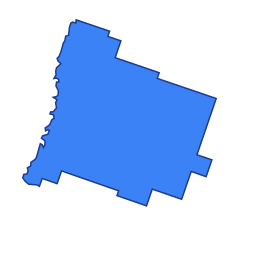 McCone, Montana, United States of America, rotated 289°
{"feature_id": "52423323B73042281108203", "entity_name": "McCone", "entity_type": "district", "adm_level": 2, "iso_a3": "USA", "parent_name": "United States of America", "parent_adm1": "Montana", "projection": "equal_earth", "projection_center": [-105.857, 47.595], "detail": "fine", "context": "isolated", "style": "filled", "palette": "blue", "viewbox_px": 256, "rotation_deg": 289, "n_neighbors": 0, "source": "geoboundaries", "source_scale": "gbopen_adm2", "svg_char_len": 1066}
<svg xmlns="http://www.w3.org/2000/svg" viewBox="0 0 256 256"><g transform="rotate(289 128 128)"><path d="M89.8,201.9L107.5,201.9L107.4,217.7L125.2,217.7L125.1,201.9L184.6,201.8L184.4,139.5L190.4,139.5L190.3,93.0L208.1,92.9L208.0,79.1L213.5,79.1L213.4,43.8L210.3,44.4L210.1,41.2L208.7,39.8L204.0,39.9L196.4,41.6L194.5,39.2L189.9,39.9L187.3,39.2L177.6,39.8L173.3,39.5L170.7,38.3L168.6,40.0L166.9,43.6L161.7,40.8L158.0,41.2L154.9,42.7L150.7,41.9L151.9,44.0L151.3,46.6L148.9,47.6L148.2,45.5L144.3,46.2L140.6,50.0L136.5,51.2L134.5,50.2L132.7,47.3L131.6,51.7L128.4,51.3L123.6,53.9L119.0,51.9L118.0,49.6L115.9,49.6L116.3,53.1L113.1,55.0L111.0,53.3L105.5,52.9L101.1,49.7L98.5,51.0L100.3,52.8L100.0,54.5L95.9,54.2L92.8,49.8L90.1,49.5L88.8,53.8L85.0,54.9L82.0,54.4L84.3,52.3L84.6,50.2L70.3,51.0L68.1,50.4L63.9,47.4L60.3,48.3L57.5,45.8L55.1,47.5L51.6,47.4L50.3,44.6L46.6,44.7L44.2,48.1L42.5,52.4L44.6,60.5L44.0,63.2L52.4,63.3L52.3,79.1L65.8,79.1L65.6,139.6L60.5,139.6L60.4,170.8L78.1,170.8L78.1,201.9L89.8,201.9Z" fill="#3b82f6" stroke="#1e3a8a" stroke-width="1.5"/></g></svg>